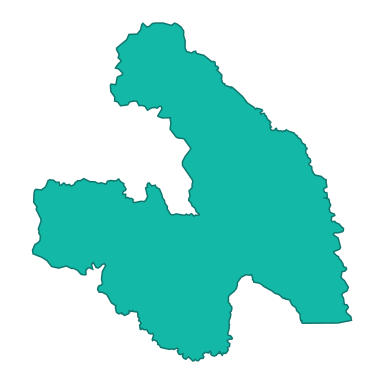 Bafing, Bafing, Ivory Coast
{"feature_id": "98640826B37750272367318", "entity_name": "Bafing", "entity_type": "district", "adm_level": 2, "iso_a3": "CIV", "parent_name": "Ivory Coast", "parent_adm1": "Bafing", "projection": "albers", "projection_center": [-7.651, 8.455], "detail": "fine", "context": "isolated", "style": "filled", "palette": "teal", "viewbox_px": 384, "rotation_deg": 0, "n_neighbors": 0, "source": "geoboundaries", "source_scale": "gbopen_adm2", "svg_char_len": 6005}
<svg xmlns="http://www.w3.org/2000/svg" viewBox="0 0 384 384"><path d="M174.6,23.1L171.4,25.4L163.1,23.0L154.4,23.1L152.3,23.6L149.4,26.3L146.9,27.0L142.9,23.3L141.7,24.8L140.6,29.9L137.1,34.1L129.0,34.4L126.8,39.6L116.6,48.1L116.6,49.7L119.2,54.5L118.1,57.9L121.0,60.4L120.6,61.8L118.4,63.8L115.4,68.0L118.7,69.0L122.6,73.0L122.2,74.8L117.3,77.1L115.8,84.7L111.0,84.1L110.4,85.6L110.9,91.7L114.8,97.1L114.6,101.0L117.6,101.8L120.6,105.8L127.6,104.9L129.8,101.9L134.2,101.0L136.8,101.3L139.1,105.7L141.8,105.4L145.0,106.3L147.5,110.2L151.7,107.8L155.0,107.5L157.1,108.2L159.3,106.4L160.9,106.4L161.7,107.1L161.7,109.3L157.9,115.6L158.0,116.4L162.3,118.0L170.4,117.7L170.1,119.3L170.9,122.5L170.1,129.1L176.0,136.9L177.9,138.0L183.8,138.6L190.7,148.1L190.2,149.9L185.2,156.4L182.5,161.6L182.5,165.5L192.1,179.5L192.8,181.6L192.1,184.3L192.1,187.7L189.0,190.9L190.1,196.4L188.9,198.3L188.7,200.5L190.9,202.8L192.2,205.9L195.0,208.1L196.3,211.8L199.4,214.2L199.3,214.9L196.8,215.4L195.8,215.0L193.6,216.2L192.5,214.4L191.1,213.7L189.0,215.4L186.3,214.1L184.6,215.4L176.4,213.9L172.6,215.0L170.5,214.3L167.2,208.9L167.4,206.7L164.8,203.0L164.6,200.8L162.4,197.6L161.9,194.8L159.5,189.1L156.2,187.2L155.3,185.2L151.6,185.9L149.2,182.9L147.7,183.3L147.0,185.4L147.5,187.0L145.6,187.9L147.6,196.7L145.5,200.6L144.2,201.5L140.8,201.3L135.2,202.5L133.3,202.3L132.8,201.3L133.2,199.7L131.6,198.4L129.5,198.5L127.6,197.4L125.6,197.9L125.7,194.2L122.9,194.4L122.6,193.3L123.4,191.3L125.4,190.5L126.1,189.1L123.6,185.2L123.9,183.6L120.6,181.7L118.7,179.0L115.6,181.0L110.7,180.5L107.4,181.2L106.0,184.1L100.9,182.8L98.3,183.5L94.9,181.8L89.8,181.6L83.7,178.6L80.4,180.7L77.7,180.7L75.1,182.7L74.0,184.8L70.9,186.0L69.4,184.4L65.9,185.1L64.6,183.3L63.6,183.0L61.1,185.2L59.9,185.3L59.0,182.2L55.7,182.2L53.8,180.3L49.6,179.8L48.2,180.5L45.7,186.7L41.3,190.0L35.9,189.3L34.6,190.6L34.0,193.8L33.7,202.3L36.9,206.7L36.2,209.4L40.6,218.3L41.1,221.0L38.3,228.9L39.2,231.5L38.8,233.1L40.4,235.9L40.0,240.4L38.3,242.5L34.9,244.6L32.5,250.2L33.1,253.8L41.8,257.3L46.9,260.5L51.6,266.5L58.7,268.1L66.4,266.0L71.3,268.4L74.0,268.5L77.5,270.3L81.2,274.4L85.0,274.9L86.1,274.4L85.7,271.1L87.2,268.6L88.9,267.6L92.7,269.2L91.7,265.5L92.0,263.5L93.4,262.6L96.1,267.5L97.9,268.0L99.6,267.2L102.1,264.5L104.3,263.7L105.7,265.4L102.4,271.5L101.5,279.4L102.5,283.7L101.1,285.3L99.0,285.7L97.7,288.1L97.7,289.8L99.2,292.2L102.4,292.3L106.8,294.6L111.5,302.9L116.0,305.9L115.4,307.5L116.4,312.2L118.9,313.9L121.7,312.8L122.0,314.1L123.2,314.0L124.2,315.4L124.8,315.4L129.0,313.4L129.2,310.7L130.7,311.6L132.5,310.6L132.6,311.4L137.2,312.0L137.8,313.0L137.9,316.9L139.4,317.8L138.6,320.8L139.7,321.0L141.1,323.5L139.6,325.0L140.2,329.2L141.1,329.5L142.1,328.2L144.0,329.8L146.7,329.6L148.9,333.3L150.9,334.0L152.5,333.3L153.6,335.3L152.2,339.7L152.6,340.6L153.8,339.7L156.6,341.1L157.8,342.6L157.7,344.3L159.5,345.2L160.6,347.3L162.2,347.8L169.4,349.4L172.0,348.7L173.4,349.5L177.4,348.1L178.6,349.9L177.4,351.0L178.6,353.8L179.9,354.6L183.1,353.8L182.4,356.2L183.9,358.4L185.8,359.2L188.5,356.8L192.9,361.0L193.9,360.8L194.9,359.4L197.0,360.7L198.4,360.7L200.3,358.5L203.0,358.4L203.9,356.9L202.9,355.6L202.9,354.4L205.2,352.3L208.9,353.0L209.9,351.1L211.2,352.5L210.7,354.1L212.1,355.5L214.4,356.0L216.1,355.4L217.8,353.5L219.9,353.3L219.2,351.9L219.7,351.5L222.2,355.3L223.5,353.1L225.7,353.5L227.7,351.1L228.3,349.3L227.6,348.7L227.5,347.3L229.5,346.5L229.8,343.6L228.1,342.4L227.2,340.7L229.4,339.1L231.9,339.2L232.3,338.0L230.6,335.8L228.3,335.2L227.6,334.2L229.3,327.8L228.9,326.0L229.6,324.8L229.0,323.7L229.2,319.6L230.0,318.7L230.6,315.8L230.8,314.1L230.0,312.3L231.2,311.3L231.8,309.3L231.7,306.6L230.3,305.4L229.9,303.9L228.2,301.9L228.6,300.0L228.2,297.5L229.3,295.3L234.2,291.2L236.4,288.5L237.4,284.8L237.3,282.7L241.1,277.3L245.8,274.8L250.1,275.2L251.5,274.6L252.7,278.1L252.5,279.7L253.4,280.4L253.9,282.2L259.2,283.1L261.5,284.3L263.5,286.3L272.1,291.0L275.0,293.3L279.1,294.6L283.2,298.4L284.5,298.0L285.1,299.0L289.5,299.8L292.0,304.8L296.0,307.9L296.6,310.5L300.0,314.2L300.4,319.3L300.7,320.4L301.8,320.6L301.4,321.8L302.4,323.2L337.9,323.0L351.5,320.3L350.8,316.5L346.5,312.9L346.0,310.8L348.1,308.0L348.3,307.0L346.9,304.7L344.3,304.5L343.5,298.2L341.6,294.9L343.0,293.0L347.0,290.8L348.4,287.3L344.5,280.7L341.7,278.4L341.1,276.9L341.9,271.7L344.8,271.2L346.6,269.1L346.1,267.6L343.5,266.6L342.9,263.7L340.6,260.0L338.9,258.6L338.6,256.7L336.4,255.5L333.9,252.9L334.0,251.5L339.5,249.3L340.6,247.7L338.1,238.0L333.4,234.9L333.6,233.6L335.0,232.7L338.0,232.9L342.4,231.7L343.3,230.8L343.5,228.3L341.7,227.1L339.3,224.2L335.9,222.7L334.9,221.4L332.0,221.5L331.2,220.5L331.7,216.9L334.8,215.5L334.2,214.0L330.8,212.7L329.8,211.7L329.2,208.4L330.7,205.0L329.4,202.3L329.1,199.7L328.2,198.7L325.1,197.9L327.2,197.3L327.0,193.0L324.5,192.2L323.5,189.4L324.1,188.5L326.9,187.0L326.0,181.6L326.3,179.9L324.2,179.0L321.2,176.4L315.1,175.1L313.6,173.4L311.9,170.0L311.7,166.7L308.7,164.6L308.9,163.7L310.5,162.4L310.7,160.8L310.0,158.8L307.8,157.2L307.3,154.7L306.0,153.9L305.7,150.1L307.0,149.0L307.0,148.3L305.6,147.1L305.2,144.8L302.3,143.1L300.8,139.7L299.8,138.5L298.2,137.9L296.8,135.4L295.4,134.8L293.9,132.8L289.5,131.6L286.2,129.8L285.3,131.0L284.0,130.8L282.6,131.7L281.6,130.9L277.5,130.8L276.3,128.3L275.3,128.8L275.1,130.2L274.6,130.3L272.2,130.4L270.7,129.3L270.2,127.4L271.3,127.0L269.6,124.3L270.8,122.4L269.2,120.5L268.6,120.6L266.7,117.9L266.4,116.2L265.1,115.6L264.5,113.4L262.2,113.5L261.0,114.2L260.2,112.4L262.5,110.8L262.0,109.6L256.8,108.2L255.7,109.3L253.9,107.3L247.3,102.9L242.5,96.5L233.1,88.0L231.5,87.0L231.1,87.8L230.2,87.0L225.6,85.6L224.8,84.8L224.7,83.8L222.7,83.1L221.2,78.4L221.7,78.0L221.8,74.9L216.8,69.9L218.3,68.8L218.5,67.7L217.3,66.4L215.3,65.7L215.0,62.1L213.4,61.4L211.7,61.6L203.8,55.3L196.6,53.5L195.5,51.2L193.7,51.6L191.6,53.0L186.6,51.5L185.0,47.8L185.2,40.8L183.6,35.7L183.7,31.0L180.9,26.9L177.3,24.2L174.6,23.1Z" fill="#14b8a6" stroke="#0f766e" stroke-width="1.5"/></svg>